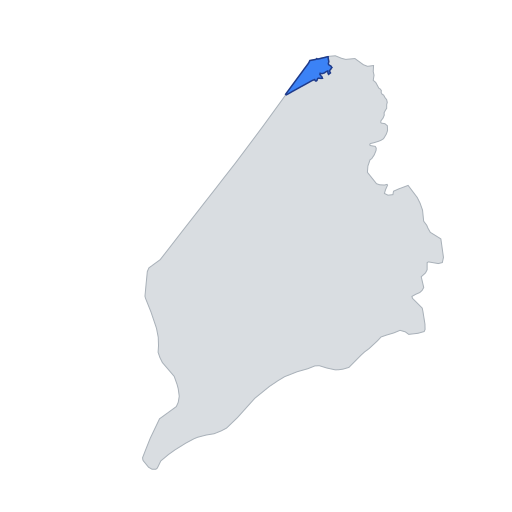 Salkhad, As Suwayda', Syria (highlighted), rotated 159°
{"feature_id": "27442178B39967895671995", "entity_name": "Salkhad", "entity_type": "district", "adm_level": 2, "iso_a3": "SYR", "parent_name": "Syria", "parent_adm1": "As Suwayda'", "projection": "robinson", "projection_center": [36.79, 32.496], "detail": "fine", "context": "in_parent", "style": "filled", "palette": "blue", "viewbox_px": 512, "rotation_deg": 159, "n_neighbors": 0, "source": "geoboundaries", "source_scale": "gbopen_adm2", "svg_char_len": 3982}
<svg xmlns="http://www.w3.org/2000/svg" viewBox="0 0 512 512"><g transform="rotate(159 256 256)"><path d="M84.4,183.1L88.5,183.6L97.1,188.7L98.6,188.5L101.2,181.8L103.8,179.5L109.2,177.4L110.7,166.5L113.2,164.4L116.2,163.2L120.9,163.0L124.9,162.4L125.1,160.4L119.5,147.8L120.0,144.6L122.7,131.8L124.5,126.8L126.1,125.2L132.5,125.8L141.5,128.1L143.8,131.7L148.2,135.0L154.8,134.8L162.4,135.4L168.3,135.6L173.0,133.3L183.7,129.0L188.9,127.6L193.7,125.7L209.2,118.7L215.3,119.2L219.6,120.2L222.8,121.3L230.1,126.1L236.2,130.9L240.4,132.3L248.0,132.2L259.0,133.2L272.4,133.1L280.3,131.7L290.3,129.4L308.1,123.6L331.4,111.7L345.2,105.9L351.1,105.2L358.9,105.1L366.6,106.7L375.5,107.7L379.5,107.6L389.0,106.4L401.3,104.0L409.0,102.0L418.3,98.8L424.1,93.4L425.9,92.8L428.4,93.8L429.5,94.2L432.0,97.3L434.6,105.2L434.7,106.1L434.2,108.3L428.3,114.8L420.1,123.7L414.3,129.2L404.4,138.6L396.9,140.6L384.3,144.0L381.0,147.3L377.9,152.6L376.2,159.9L375.7,164.4L375.5,172.9L378.6,181.7L381.6,190.1L382.1,195.7L381.9,201.2L379.2,207.1L376.4,215.1L374.8,224.2L374.1,241.3L374.3,255.9L374.1,258.2L369.0,268.5L363.0,280.5L360.2,283.3L346.8,286.9L332.2,295.7L315.9,305.6L301.1,314.5L285.5,323.9L269.3,333.6L257.8,340.6L242.3,349.9L228.1,358.8L213.8,367.8L202.9,374.7L186.3,385.5L176.6,391.8L162.3,401.2L149.7,409.4L134.8,419.1L116.1,416.2L110.2,414.5L105.3,409.9L101.8,407.4L92.9,404.9L87.3,396.2L83.9,393.1L78.0,391.7L80.5,386.1L81.0,382.5L83.6,378.0L82.0,375.0L81.2,368.8L80.1,367.2L79.7,365.6L80.6,363.6L80.2,361.5L79.2,360.6L78.8,357.5L78.0,355.2L78.4,352.4L79.7,350.6L81.1,347.0L82.6,346.0L85.1,343.8L85.8,341.5L88.0,339.2L91.0,337.4L91.7,335.9L91.3,335.1L88.3,333.4L86.7,330.5L88.1,326.3L89.1,324.9L90.9,322.9L94.9,319.8L98.1,319.2L100.8,319.2L105.4,319.5L109.0,320.0L109.9,319.2L109.8,318.2L105.4,315.6L105.1,313.6L106.2,311.4L109.4,308.0L113.1,305.4L115.0,305.0L119.3,299.9L122.0,294.2L117.6,280.3L114.9,278.1L110.6,276.2L108.0,275.9L107.8,275.0L111.3,271.5L113.7,268.4L111.0,265.5L106.2,264.2L104.4,267.2L98.3,267.5L88.7,267.4L84.5,252.8L83.9,246.5L84.1,239.1L87.0,228.4L85.6,223.5L85.5,220.2L84.8,215.6L77.3,205.7L81.5,187.5L84.4,183.1Z" fill="#d9dde1" stroke="#a8b0b8" stroke-width="1"/><path d="M170.0,395.6L169.9,395.6L169.7,395.7L169.4,395.7L168.6,395.7L166.9,396.0L165.3,396.2L163.6,396.5L162.3,396.7L162.0,396.7L161.8,396.7L160.7,396.9L159.1,397.1L157.7,397.3L157.4,397.4L156.2,397.5L155.2,397.7L154.8,397.7L153.2,398.0L151.7,398.1L150.9,398.3L150.4,398.3L149.9,398.4L148.9,398.5L147.7,398.7L146.3,398.9L144.7,399.1L143.5,399.3L142.2,399.5L140.6,399.7L139.4,399.7L139.2,399.7L138.6,399.7L138.0,399.7L137.9,398.6L137.7,398.1L137.4,398.0L137.2,397.8L136.9,397.9L136.2,398.0L135.6,398.8L135.0,399.4L134.8,399.5L134.2,399.7L133.4,399.4L132.5,398.9L131.8,398.6L131.3,398.4L131.0,398.3L130.3,398.1L130.3,398.7L130.2,399.2L130.2,399.4L130.2,399.5L130.4,399.9L130.6,400.4L131.0,401.5L131.1,402.0L131.3,402.6L131.2,402.8L130.6,403.6L129.9,403.0L128.8,402.6L128.4,402.5L127.9,402.5L127.6,402.5L127.4,402.5L126.9,402.4L126.6,402.4L126.2,402.5L125.8,402.6L125.6,402.7L124.6,402.9L123.6,403.0L122.8,403.0L122.9,402.5L123.0,402.0L123.2,401.2L123.3,400.7L123.2,399.8L123.1,399.5L122.0,400.0L120.9,400.2L120.8,400.6L120.9,401.0L121.1,401.6L121.1,402.4L120.9,402.6L120.5,402.9L120.1,403.2L119.5,403.4L119.2,403.6L119.0,403.9L118.4,404.3L117.9,404.6L117.6,404.7L117.7,404.9L117.7,405.2L117.8,405.4L117.8,405.5L117.9,406.1L118.0,406.5L119.1,407.8L119.4,408.3L119.6,408.8L119.6,409.0L119.6,409.5L119.3,410.1L118.6,411.0L118.4,411.2L118.3,411.7L118.2,412.1L118.1,413.0L118.0,413.3L117.8,414.4L117.7,414.8L117.5,415.4L117.4,415.9L117.2,416.2L117.3,416.3L119.5,416.6L120.0,416.6L122.7,417.0L125.1,417.3L127.8,417.7L128.1,418.0L128.5,418.5L128.7,418.4L129.5,418.1L130.2,418.2L131.4,418.4L135.7,419.2L136.7,418.2L137.5,417.5L137.6,417.4L138.6,416.7L140.8,415.3L141.3,415.0L142.2,414.4L143.6,413.6L145.2,412.5L149.9,409.5L170.4,396.4L170.0,395.6Z" fill="#3b82f6" stroke="#1e3a8a" stroke-width="1.5"/></g></svg>